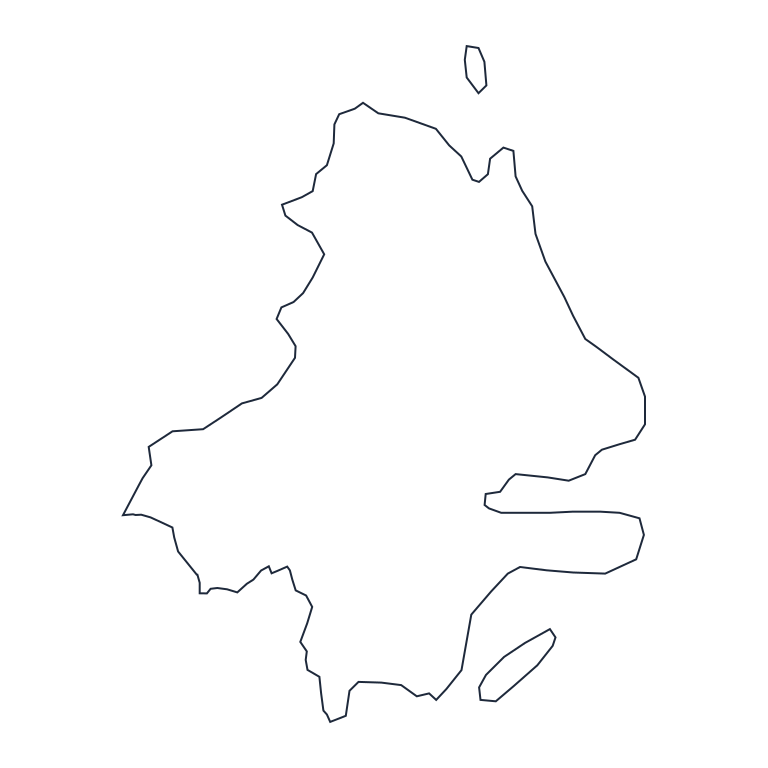 outline of Norrtälje, Stockholm, Sweden
{"feature_id": "70781695B82449789410879", "entity_name": "Norrtälje", "entity_type": "district", "adm_level": 2, "iso_a3": "SWE", "parent_name": "Sweden", "parent_adm1": "Stockholm", "projection": "mercator", "projection_center": [18.596, 59.894], "detail": "fine", "context": "isolated", "style": "outline", "palette": "slate", "viewbox_px": 768, "rotation_deg": 0, "n_neighbors": 0, "source": "geoboundaries", "source_scale": "gbopen_adm2", "svg_char_len": 2041}
<svg xmlns="http://www.w3.org/2000/svg" viewBox="0 0 768 768"><path d="M283.6,204.1L282.0,204.7L285.4,215.6L297.7,225.1L312.0,232.6L324.2,254.3L312.7,277.5L303.1,293.1L293.6,302.0L281.4,307.4L276.6,319.0L288.2,334.0L295.6,346.2L295.0,357.8L277.3,384.3L261.6,397.9L241.9,403.4L220.8,417.6L203.1,429.2L172.5,431.3L148.7,446.9L151.4,465.3L142.6,478.2L139.0,484.9L123.0,515.2L133.0,514.3L135.6,515.0L141.2,514.7L150.6,517.4L172.4,527.5L174.2,537.4L178.1,551.5L196.8,574.7L197.4,574.7L197.5,575.0L199.7,582.8L199.7,593.3L206.9,593.4L210.6,588.8L217.3,588.0L227.1,589.3L237.3,592.4L246.8,583.8L253.4,579.6L261.1,570.5L268.8,566.3L271.6,573.3L277.4,570.9L287.2,566.6L289.9,570.4L292.3,579.6L295.7,590.4L306.1,595.5L312.2,606.9L307.2,623.3L300.3,641.9L306.8,651.4L305.7,659.9L307.5,669.9L319.4,676.8L321.1,693.2L323.3,709.8L323.5,710.7L326.9,714.5L330.2,721.9L345.8,715.8L349.5,690.8L358.5,681.9L381.3,682.6L401.2,685.1L416.8,696.3L429.1,693.4L435.0,698.8L436.9,700.6L436.2,699.9L446.4,689.0L461.5,670.1L471.3,614.6L491.2,591.4L507.8,573.6L520.0,567.0L546.6,570.3L573.1,572.5L605.2,573.6L636.2,559.3L643.9,534.9L639.5,518.3L619.6,512.8L600.8,511.7L572.0,511.7L549.9,512.8L523.3,512.8L501.2,512.8L489.0,508.4L484.6,505.0L485.7,494.0L500.1,491.8L508.9,479.6L515.6,474.1L547.7,477.4L568.7,480.7L585.3,474.1L595.2,455.2L601.9,449.7L619.6,444.2L635.1,439.7L645.0,424.3L645.0,396.6L638.4,377.8L614.1,360.1L596.3,346.8L585.3,339.0L573.1,315.8L564.3,297.0L545.4,261.6L535.5,233.9L532.2,206.3L522.2,190.8L515.6,176.4L513.4,150.9L503.4,147.6L490.1,158.7L487.9,174.2L479.0,181.9L472.4,179.7L461.3,156.5L449.2,145.4L435.9,128.8L404.9,117.7L378.3,113.3L363.0,102.8L354.8,108.7L339.2,114.2L334.4,124.4L333.7,143.4L326.9,165.2L316.1,174.1L312.7,191.1L301.8,197.2L283.6,204.1ZM549.9,629.1L524.9,643.0L504.1,656.9L486.0,674.9L479.1,687.4L480.5,699.9L495.8,701.3L513.8,686.0L537.4,665.2L552.7,645.8L555.5,637.4L549.9,629.1ZM466.7,46.1L464.8,59.8L466.7,77.5L478.5,93.2L486.4,85.4L484.4,61.8L478.5,48.0L466.7,46.1Z" fill="none" stroke="#1e293b" stroke-width="2"/></svg>